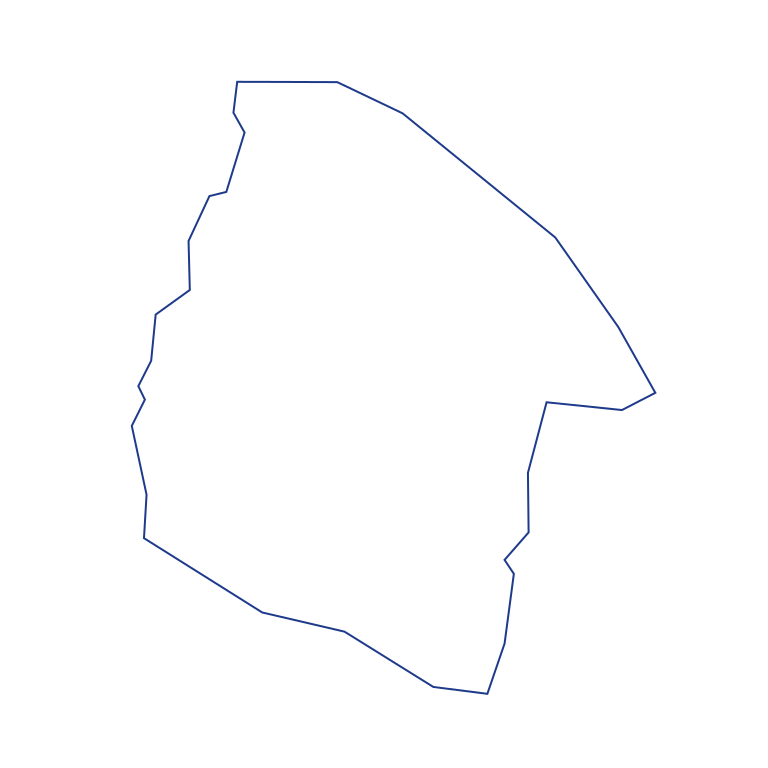 Alexander, North Carolina, United States of America (Mercator projection), rotated 293°
{"feature_id": "52423323B44414006635896", "entity_name": "Alexander", "entity_type": "district", "adm_level": 2, "iso_a3": "USA", "parent_name": "United States of America", "parent_adm1": "North Carolina", "projection": "mercator", "projection_center": [-81.171, 35.911], "detail": "fine", "context": "isolated", "style": "outline", "palette": "blue", "viewbox_px": 768, "rotation_deg": 293, "n_neighbors": 0, "source": "geoboundaries", "source_scale": "gbopen_adm2", "svg_char_len": 562}
<svg xmlns="http://www.w3.org/2000/svg" viewBox="0 0 768 768"><g transform="rotate(293 384 384)"><path d="M481.9,637.2L528.0,577.4L585.8,484.4L640.4,295.4L643.6,223.0L628.8,187.8L623.1,174.2L604.8,130.8L574.9,139.4L561.0,157.4L499.2,163.8L488.8,149.9L439.3,148.2L394.7,168.5L358.7,146.7L314.4,160.6L286.0,158.7L276.2,170.0L246.9,168.2L189.3,208.7L148.3,223.3L126.1,361.2L140.6,444.4L124.4,547.8L139.2,600.2L192.2,596.4L260.0,577.7L269.2,563.7L303.9,575.1L358.5,551.2L430.7,540.8L453.0,613.2L481.9,637.2Z" fill="none" stroke="#1e3a8a" stroke-width="2"/></g></svg>